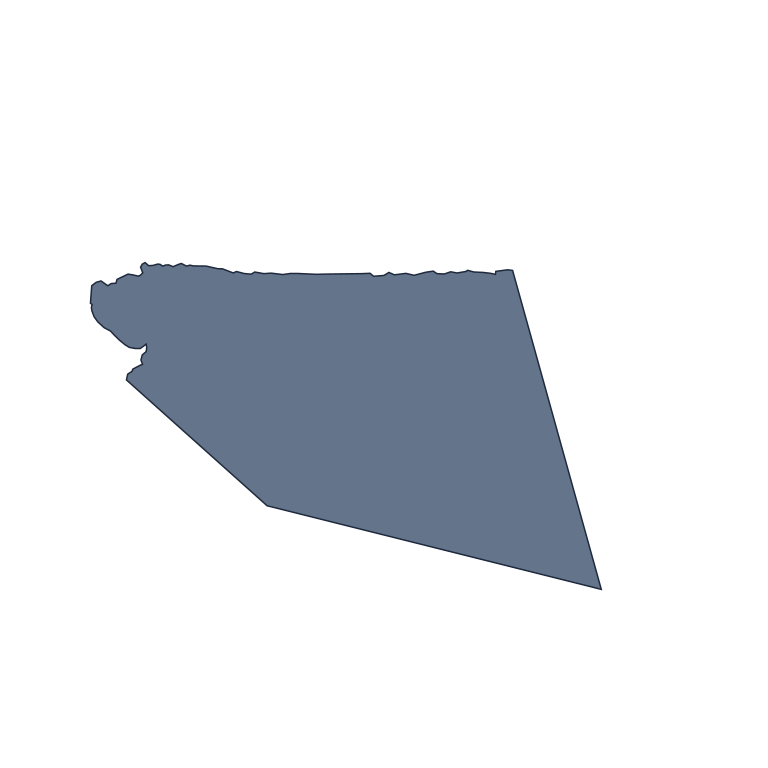 Ngeburch, Melekeok, Palau (Equal Earth projection), rotated 305°
{"feature_id": "81905179B7917113976902", "entity_name": "Ngeburch", "entity_type": "district", "adm_level": 2, "iso_a3": "PLW", "parent_name": "Palau", "parent_adm1": "Melekeok", "projection": "equal_earth", "projection_center": [134.624, 7.51], "detail": "fine", "context": "isolated", "style": "filled", "palette": "slate", "viewbox_px": 768, "rotation_deg": 305, "n_neighbors": 0, "source": "geoboundaries", "source_scale": "gbopen_adm2", "svg_char_len": 1306}
<svg xmlns="http://www.w3.org/2000/svg" viewBox="0 0 768 768"><g transform="rotate(305 384 384)"><path d="M550.8,424.2L548.5,419.8L540.4,411.0L537.7,412.4L535.8,407.8L532.3,401.3L527.3,393.4L525.1,387.3L523.1,386.5L516.8,380.1L514.2,374.3L508.8,370.4L504.8,364.1L504.7,359.6L499.5,354.1L490.3,346.3L487.2,338.5L479.4,329.9L478.2,324.0L472.9,321.7L466.3,313.7L466.7,309.1L461.8,302.7L441.6,274.6L435.2,265.9L424.7,249.4L421.0,244.1L415.6,238.3L410.1,228.0L405.5,222.3L401.6,213.9L397.8,212.2L394.3,206.1L391.5,198.6L388.5,196.8L385.7,185.6L383.1,181.7L378.6,170.7L371.5,160.3L370.0,156.8L367.3,154.7L366.5,148.9L364.2,147.1L359.1,143.9L358.1,139.3L356.1,136.8L353.6,135.1L353.6,131.9L352.4,129.8L348.8,126.9L346.0,123.5L346.4,118.6L343.4,117.2L340.1,117.6L336.7,122.6L333.4,122.1L331.4,120.8L329.3,115.6L327.2,111.3L316.6,105.3L312.8,106.6L309.8,102.9L306.1,101.4L306.1,93.1L302.2,89.9L296.9,88.2L281.8,97.2L281.7,99.2L278.6,100.6L276.2,103.0L272.8,108.0L270.7,114.0L269.6,122.5L270.5,129.6L269.2,135.8L268.2,142.0L267.6,149.3L267.9,154.4L270.5,160.1L273.3,164.0L276.4,165.1L280.2,166.3L277.8,168.7L274.1,170.6L269.2,169.3L264.3,171.1L261.6,174.9L259.3,173.4L252.1,169.7L249.8,170.3L245.1,168.4L239.6,170.7L217.2,358.1L340.4,679.8L550.8,424.2Z" fill="#64748b" stroke="#1e293b" stroke-width="1.5"/></g></svg>